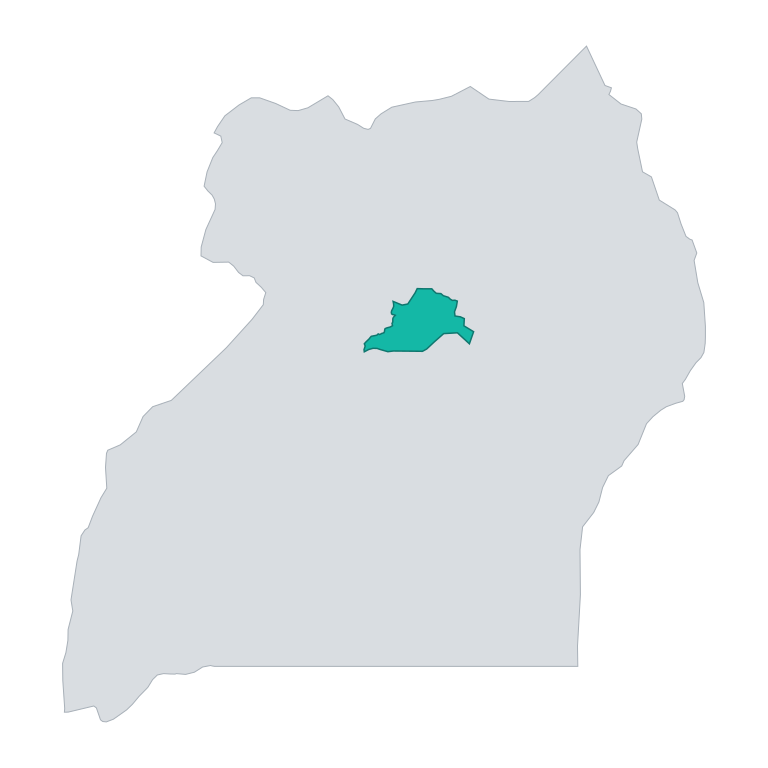 Apac highlighted on a map of Uganda
{"feature_id": "UGA-5604", "entity_name": "Apac", "entity_type": "District", "adm_level": 1, "iso_a3": "UGA", "parent_name": "Uganda", "parent_adm1": "", "projection": "mercator", "projection_center": [32.461, 1.914], "detail": "fine", "context": "in_parent", "style": "filled", "palette": "teal", "viewbox_px": 768, "rotation_deg": 0, "n_neighbors": 0, "source": "natural_earth", "source_scale": "10m", "svg_char_len": 3184}
<svg xmlns="http://www.w3.org/2000/svg" viewBox="0 0 768 768"><path d="M577.8,666.4L564.9,666.4L543.8,666.4L522.7,666.4L501.6,666.4L480.5,666.4L459.4,666.4L438.3,666.4L417.2,666.4L396.1,666.4L375.0,666.4L353.9,666.4L332.8,666.4L311.7,666.4L290.6,666.4L269.5,666.4L248.4,666.4L227.3,666.4L214.8,666.4L212.3,666.0L210.6,665.5L202.6,667.0L194.4,672.2L185.6,674.4L176.3,673.6L175.1,674.1L170.3,674.0L163.5,673.6L157.3,675.0L152.6,679.6L147.8,687.4L139.1,696.3L132.4,704.3L126.6,709.9L113.4,719.2L106.3,721.9L102.7,721.5L100.5,719.8L96.4,707.9L93.8,706.0L68.2,712.1L64.4,712.2L64.7,708.5L62.8,680.5L62.6,663.4L65.9,652.7L67.9,640.4L68.1,629.5L72.8,611.0L71.0,599.9L77.1,560.9L78.7,554.6L81.1,535.8L84.9,530.0L88.2,527.7L92.6,516.1L101.0,497.7L106.8,488.2L105.5,467.4L106.5,453.3L107.8,450.2L120.2,444.9L136.3,431.9L143.1,416.5L152.7,406.7L171.3,400.4L226.4,347.7L252.1,319.3L263.3,304.7L263.6,299.5L265.8,292.6L261.3,287.3L256.0,282.4L254.2,277.9L249.6,275.7L243.0,275.8L238.6,272.5L233.7,266.1L228.7,262.1L213.1,262.4L201.0,255.9L201.2,247.0L205.9,229.5L215.1,209.4L215.5,203.8L214.3,199.1L212.1,195.1L207.9,191.0L204.1,186.2L207.1,171.8L212.8,157.6L217.5,150.5L222.2,142.6L220.8,136.1L214.1,132.9L217.6,126.5L224.9,115.8L239.0,105.0L251.3,97.8L259.6,97.8L275.7,103.5L290.2,110.3L298.2,110.6L307.9,107.8L328.0,95.8L332.8,99.6L338.7,106.9L345.0,119.0L357.7,124.5L363.7,128.3L368.1,129.4L370.5,128.4L375.3,118.9L381.1,113.8L391.8,107.2L415.4,102.0L432.3,100.5L439.4,99.3L451.4,96.3L470.3,86.5L488.9,99.1L509.1,101.5L528.7,101.4L534.7,97.6L538.1,94.7L558.7,74.0L586.5,46.1L605.0,85.5L611.4,87.8L610.5,91.2L608.9,94.5L621.0,104.0L636.0,109.0L641.3,113.8L641.8,119.1L636.7,142.1L637.7,148.7L642.5,171.8L651.4,176.9L659.3,200.1L675.2,210.0L677.5,212.8L681.1,224.1L686.0,236.4L689.8,239.2L692.1,240.0L696.8,253.0L694.1,260.4L697.8,282.7L703.8,302.6L705.4,326.4L705.4,336.9L705.2,343.3L703.9,352.4L701.0,357.6L696.0,362.7L690.3,370.7L685.4,379.3L682.3,383.5L684.7,396.3L684.1,399.7L682.8,401.3L675.6,403.3L666.4,406.7L660.8,410.2L652.9,416.7L646.5,423.7L638.1,444.5L624.1,460.6L621.7,466.0L608.4,475.6L602.6,487.5L598.9,502.0L593.7,512.5L582.6,526.8L580.0,549.5L580.4,594.7L577.5,646.1L577.8,666.4Z" fill="#d9dde1" stroke="#a8b0b8" stroke-width="1"/><path d="M387.9,351.7L379.9,349.4L377.1,348.4L373.0,348.3L368.7,349.5L364.3,351.8L364.0,349.7L365.2,346.0L364.3,343.8L365.7,342.2L369.3,338.7L370.1,337.6L371.3,336.3L376.8,335.2L378.2,333.9L379.6,334.5L380.5,334.2L381.5,333.5L382.7,333.2L384.1,332.6L384.5,331.3L384.7,329.8L385.1,328.6L387.1,327.8L390.2,327.0L392.5,325.7L392.0,323.3L392.6,322.5L392.8,321.5L392.8,318.9L393.1,317.9L393.7,317.0L395.3,315.3L393.8,314.7L392.5,314.5L391.6,313.9L391.3,312.4L391.6,310.9L393.2,307.7L393.7,306.3L393.6,304.0L393.1,301.4L402.1,305.1L407.8,304.0L415.1,292.9L417.2,288.6L423.2,288.8L431.8,288.8L433.9,291.2L436.3,293.3L440.9,293.6L443.3,295.7L448.4,297.3L450.2,299.1L452.3,300.4L454.9,300.2L457.3,301.1L456.4,306.6L454.5,311.8L455.0,316.0L460.3,316.8L464.3,318.6L463.9,325.8L473.6,331.7L469.4,343.8L457.4,332.8L443.7,333.6L434.5,341.7L426.7,349.0L422.5,351.3L414.2,351.2L393.3,351.0L387.9,351.7Z" fill="#14b8a6" stroke="#0f766e" stroke-width="1.5"/></svg>